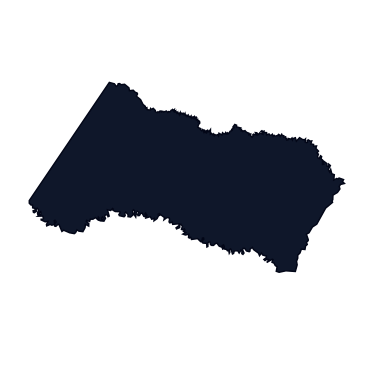 Cumaribo, Vichada, Colombia, rotated 34°
{"feature_id": "7082276B31805828490385", "entity_name": "Cumaribo", "entity_type": "district", "adm_level": 2, "iso_a3": "COL", "parent_name": "Colombia", "parent_adm1": "Vichada", "projection": "orthographic", "projection_center": [-69.558, 4.15], "detail": "fine", "context": "isolated", "style": "filled", "palette": "ink", "viewbox_px": 384, "rotation_deg": 34, "n_neighbors": 0, "source": "geoboundaries", "source_scale": "gbopen_adm2", "svg_char_len": 6042}
<svg xmlns="http://www.w3.org/2000/svg" viewBox="0 0 384 384"><g transform="rotate(34 192 192)"><path d="M130.0,135.3L129.1,135.6L128.9,138.0L127.6,138.4L127.4,139.6L125.5,139.2L123.6,141.7L122.7,141.4L121.9,142.7L121.4,142.1L120.2,142.8L120.2,144.4L118.9,144.5L118.6,145.7L116.6,145.9L115.9,144.9L113.1,144.3L112.0,146.3L111.0,146.0L111.5,147.6L108.7,148.8L107.4,147.3L106.6,148.4L105.3,147.1L102.4,146.8L97.7,144.2L92.4,143.7L92.0,141.2L91.0,140.6L89.2,141.1L86.4,140.5L83.5,143.0L81.4,140.9L75.9,140.4L73.2,142.7L71.4,142.6L70.3,143.5L70.8,145.3L70.1,146.8L67.2,145.7L62.2,147.4L61.9,290.1L63.4,292.3L65.8,292.8L67.1,292.0L68.8,294.2L71.5,293.2L71.9,295.0L70.8,296.4L71.9,297.5L72.8,297.4L73.7,295.2L72.5,293.5L72.7,292.0L74.8,292.6L75.7,295.8L76.9,297.0L77.9,296.5L76.9,293.7L77.5,292.8L79.2,294.6L77.8,298.2L81.7,295.4L83.6,296.9L83.4,298.3L82.2,298.9L82.5,299.5L86.9,298.8L89.2,296.8L89.5,300.3L90.5,301.3L92.5,298.2L94.3,297.9L95.7,296.3L95.7,294.8L93.8,292.8L94.2,292.0L96.1,292.7L96.3,295.7L97.2,297.0L98.3,296.6L99.0,293.7L99.8,293.3L106.2,297.4L107.0,295.4L113.4,294.2L117.7,292.3L118.2,290.8L117.8,287.7L120.1,287.7L123.7,285.9L123.3,281.5L121.7,278.4L125.4,278.0L124.1,275.9L120.8,275.5L120.5,274.4L123.6,273.7L122.9,271.4L125.1,269.9L126.3,267.2L129.2,267.6L128.3,265.1L129.4,265.3L130.3,267.6L132.5,267.0L133.0,266.0L131.4,264.2L131.7,262.8L133.0,263.3L133.7,266.3L135.3,265.4L135.0,262.2L133.1,261.1L133.0,259.3L134.7,258.3L136.2,259.4L136.8,258.3L131.8,254.0L134.9,252.8L135.4,250.0L136.3,250.1L136.7,251.3L139.3,251.1L143.2,248.7L144.0,249.5L144.0,251.6L145.0,252.2L149.5,250.5L149.8,249.0L148.2,247.2L148.3,245.7L151.7,246.5L152.7,248.2L155.1,247.1L155.9,244.0L153.3,241.0L153.4,239.5L155.0,239.6L156.6,243.0L159.3,244.2L157.2,239.9L157.2,238.6L159.3,238.4L159.4,241.1L160.5,241.8L161.6,240.8L161.4,238.6L162.4,237.4L165.7,239.1L167.3,238.6L166.8,237.0L165.1,236.5L165.3,235.3L167.6,236.4L168.3,239.3L171.2,235.8L173.8,237.1L175.4,235.0L176.6,237.1L177.9,233.6L177.5,230.4L178.3,229.3L177.8,228.6L176.5,229.0L176.9,228.2L183.5,228.6L184.3,230.7L185.5,227.3L187.3,226.2L188.5,226.9L189.7,229.6L190.9,230.0L192.4,228.1L194.1,229.6L199.0,225.6L200.0,227.1L198.8,230.6L199.8,231.2L201.7,228.4L200.2,225.9L200.8,224.9L203.3,225.8L204.2,228.9L205.3,228.6L206.3,226.8L207.2,227.3L206.9,229.3L209.4,229.1L208.0,232.0L210.6,231.3L213.0,228.8L214.6,231.7L215.6,231.6L216.3,230.3L218.1,231.6L222.7,227.5L226.8,228.3L227.4,226.6L226.4,224.4L227.2,223.6L228.2,224.5L228.1,227.9L229.6,228.2L232.9,226.4L235.1,229.2L235.6,228.3L233.7,225.3L233.8,223.9L234.9,223.5L236.8,225.3L238.2,225.2L239.7,224.2L240.3,221.5L241.3,220.5L244.9,221.7L247.8,221.0L249.3,222.1L249.7,221.1L247.0,219.4L247.7,218.2L249.0,218.8L250.6,221.2L252.8,220.3L254.2,220.9L255.1,219.9L257.1,221.9L257.0,220.8L255.4,219.0L255.6,217.7L256.5,217.7L260.2,220.7L260.8,219.7L260.0,217.2L262.8,215.1L265.2,216.2L265.1,212.6L266.3,212.8L267.8,215.2L269.1,215.2L269.2,213.5L266.4,211.7L265.8,210.2L267.1,209.3L270.1,210.4L272.8,209.5L273.1,208.6L272.1,207.1L272.9,204.2L275.3,205.3L281.3,205.5L283.6,207.0L283.7,203.8L286.1,204.7L289.5,203.5L290.3,205.0L289.3,207.7L290.8,208.0L291.9,205.6L293.5,205.1L293.4,208.6L296.1,202.9L296.9,202.7L297.6,205.5L299.8,205.1L302.1,206.4L304.4,206.4L306.2,210.6L309.1,209.8L313.9,204.8L322.1,200.1L319.9,193.6L317.4,191.0L316.7,187.8L315.0,185.3L315.6,182.2L314.6,178.2L317.8,176.5L316.3,173.2L316.9,171.1L315.0,169.7L315.5,167.4L314.9,166.4L310.4,163.0L311.8,160.4L311.4,153.7L313.4,148.9L311.8,130.6L314.3,122.0L313.1,121.1L313.0,119.7L310.6,115.8L312.8,111.0L312.9,106.8L310.9,105.0L310.9,102.7L313.6,99.7L310.9,99.2L310.7,97.0L306.1,98.2L305.9,99.7L304.5,99.8L302.8,102.8L300.3,98.1L297.7,98.7L294.4,95.8L294.9,98.4L292.4,97.1L291.9,92.7L289.9,92.5L291.2,94.4L289.4,95.0L288.0,93.0L283.6,92.8L283.6,93.6L285.8,95.3L284.8,96.2L282.3,92.5L280.5,92.4L279.6,90.1L278.3,90.1L278.8,93.2L277.3,93.2L276.1,92.1L275.7,90.0L273.8,89.7L274.0,87.4L270.3,86.6L269.5,84.2L267.3,86.0L266.2,84.6L263.6,85.7L262.7,82.7L261.6,83.7L259.2,83.8L258.8,85.2L259.9,86.3L259.3,87.1L257.9,87.3L256.4,84.6L256.1,85.8L254.2,86.7L250.8,86.8L250.1,91.5L246.8,88.8L247.4,89.8L245.9,91.0L246.1,92.6L244.7,91.4L244.4,92.9L242.2,93.7L242.6,94.7L241.6,95.9L240.7,94.6L239.9,95.3L238.7,93.9L237.5,95.2L236.6,94.0L235.3,94.7L234.1,94.0L234.1,96.6L232.6,95.8L231.0,95.8L232.1,96.4L229.7,99.3L228.4,99.1L228.2,100.5L226.3,99.2L226.0,100.6L224.8,101.3L223.4,100.8L221.9,102.9L220.6,101.1L218.9,102.1L218.0,102.2L217.7,101.3L216.7,102.3L215.7,102.1L215.3,103.2L217.5,103.1L218.5,104.5L215.1,105.1L215.1,107.1L212.5,106.7L211.4,107.3L213.7,108.5L210.6,109.7L210.5,110.8L211.5,111.2L211.2,113.0L209.1,112.6L208.2,111.1L207.2,112.6L206.5,111.4L203.8,112.0L201.6,111.5L200.4,113.3L200.0,112.8L198.6,113.8L198.0,112.4L196.3,112.9L196.5,111.7L192.5,113.1L191.6,111.7L189.7,112.1L189.6,115.2L190.8,115.2L189.9,117.9L190.8,118.5L189.7,120.2L189.7,123.1L188.7,123.1L189.1,123.7L189.0,124.2L187.3,125.0L187.4,123.9L186.6,123.8L186.9,125.2L185.9,126.0L184.2,125.8L184.9,128.0L181.5,128.2L182.6,130.7L181.2,130.1L180.1,131.6L178.7,131.6L178.8,132.9L177.1,131.9L177.0,132.5L177.3,132.8L177.2,133.0L175.1,132.5L174.8,133.6L172.4,130.0L172.3,132.6L170.4,132.0L169.9,133.0L171.1,132.9L171.1,134.9L169.7,135.1L170.2,134.4L169.1,134.1L169.5,136.0L167.7,133.8L167.0,134.1L167.8,135.5L165.9,134.4L165.7,135.8L164.0,135.5L163.8,134.6L160.7,135.2L159.7,132.6L159.9,130.5L158.7,129.2L157.8,129.2L157.6,130.3L156.1,128.7L155.4,130.5L155.3,128.9L153.9,129.3L154.1,127.6L153.6,127.5L152.6,128.7L152.1,128.3L152.3,129.6L151.4,128.9L150.8,130.5L150.4,129.7L149.6,130.7L148.8,129.6L148.6,131.0L147.4,130.2L148.0,130.8L146.6,130.9L146.6,132.3L145.9,130.8L145.6,132.0L144.7,131.2L143.9,132.3L142.3,130.8L142.6,133.0L141.9,131.8L140.5,131.6L140.4,132.8L138.7,132.6L138.7,134.3L137.7,132.8L137.7,134.7L136.6,134.1L135.8,135.0L135.3,133.9L134.9,134.8L134.2,134.3L133.0,135.3L132.8,133.8L131.7,135.0L131.2,133.7L130.9,134.6L129.8,134.5L130.0,135.3Z" fill="#0f172a" stroke="#020617" stroke-width="1.5"/></g></svg>